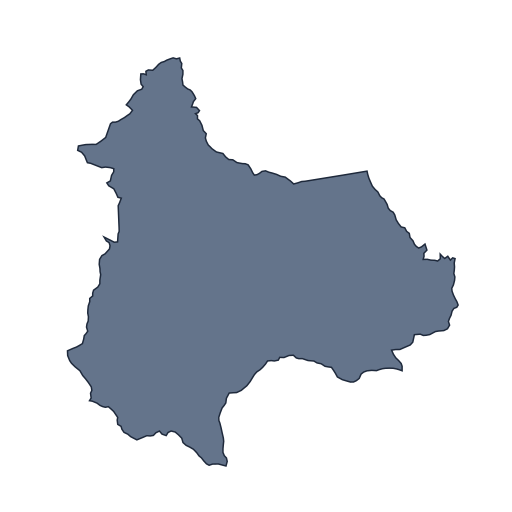 Brotas, São Paulo, Brazil, rotated 174°
{"feature_id": "56859067B5595696785316", "entity_name": "Brotas", "entity_type": "district", "adm_level": 2, "iso_a3": "BRA", "parent_name": "Brazil", "parent_adm1": "São Paulo", "projection": "orthographic", "projection_center": [-48.081, -22.291], "detail": "fine", "context": "isolated", "style": "filled", "palette": "slate", "viewbox_px": 512, "rotation_deg": 174, "n_neighbors": 0, "source": "geoboundaries", "source_scale": "gbopen_adm2", "svg_char_len": 4649}
<svg xmlns="http://www.w3.org/2000/svg" viewBox="0 0 512 512"><g transform="rotate(174 256 256)"><path d="M436.7,129.5L433.9,128.7L429.5,126.3L426.7,123.7L424.3,122.3L421.6,121.3L418.6,121.6L415.8,118.6L413.8,116.3L412.1,113.1L410.4,109.9L411.2,107.3L411.1,103.0L408.0,100.7L407.5,97.8L405.7,94.4L402.1,92.2L399.6,89.5L397.2,87.9L393.7,85.6L387.6,87.4L383.4,88.7L380.0,88.1L376.8,88.3L374.0,90.7L370.3,92.0L368.1,88.7L364.1,86.8L361.9,89.7L358.7,90.8L354.8,89.4L351.8,86.3L348.9,82.6L348.1,78.1L345.3,75.0L341.9,72.9L338.4,70.3L335.4,66.4L333.6,63.2L331.4,61.0L329.3,57.6L327.0,54.5L324.5,52.8L321.0,53.6L315.2,53.1L307.8,50.3L306.1,54.7L306.5,58.2L308.4,60.7L309.4,64.1L309.0,67.8L308.3,71.4L307.5,75.1L307.5,78.4L308.2,84.1L308.7,88.7L309.4,93.6L310.1,96.2L309.9,99.4L308.1,103.5L305.6,108.4L303.4,110.6L301.4,113.0L300.3,117.6L297.0,122.5L293.1,122.4L289.6,122.2L284.7,123.9L281.9,125.8L278.7,127.9L274.9,131.8L272.1,135.5L270.0,138.2L267.4,140.6L263.8,142.5L261.0,144.6L257.8,147.6L255.5,150.4L251.8,150.4L248.7,149.7L244.7,150.1L243.0,152.7L238.8,152.1L233.6,153.6L229.2,153.4L226.6,150.4L224.1,149.4L220.6,149.1L215.2,146.6L209.4,145.5L206.5,143.3L202.4,142.0L198.9,139.1L195.5,138.1L192.6,137.4L191.0,134.5L189.4,131.3L187.7,127.2L183.1,124.0L178.3,122.0L175.3,120.8L172.2,120.5L169.3,121.5L166.2,123.4L163.8,127.6L161.1,129.3L157.7,130.2L153.0,130.2L148.1,129.4L145.5,130.1L142.1,130.7L139.0,130.8L134.8,130.5L131.3,130.0L128.0,129.0L125.6,128.0L122.7,126.6L122.2,131.1L122.9,134.0L125.1,137.1L127.7,140.2L129.6,143.9L131.0,148.2L127.0,148.4L122.7,148.0L118.0,149.5L111.9,151.4L109.1,153.9L106.7,161.2L100.8,161.1L97.9,159.5L95.1,159.4L91.4,159.7L85.5,162.1L82.4,162.3L77.0,162.2L73.2,163.6L70.7,167.0L71.5,170.8L70.0,173.9L68.2,176.7L66.8,180.6L64.7,183.2L61.7,184.0L60.1,186.1L61.0,189.6L62.3,192.6L63.7,196.5L64.7,200.5L64.7,203.4L62.7,206.6L61.1,210.9L60.4,214.4L61.1,217.9L60.3,221.0L59.7,224.4L59.6,228.3L58.3,232.6L60.6,233.6L63.1,231.6L65.3,235.7L68.6,233.8L70.9,236.3L72.6,238.6L73.0,234.0L75.9,232.0L78.5,233.0L82.5,233.6L86.0,234.8L90.1,235.1L88.9,238.2L88.8,241.1L85.4,244.0L86.7,250.2L90.4,247.8L93.4,246.9L95.6,248.8L97.2,251.1L98.3,254.7L100.9,258.3L101.2,262.5L103.6,264.7L105.1,268.5L108.6,269.7L111.0,273.5L112.8,277.3L113.7,282.3L115.0,285.2L117.8,287.2L119.5,289.8L120.2,293.6L121.5,296.6L122.7,299.3L124.9,300.8L126.6,303.0L128.1,306.9L130.6,309.7L133.0,313.3L134.2,317.0L135.6,321.5L136.4,325.7L136.7,328.8L161.6,327.3L199.3,325.2L202.8,325.3L206.6,324.4L211.0,323.7L213.9,327.0L216.0,328.9L218.7,331.4L223.1,332.7L227.0,335.0L231.2,336.8L234.5,338.0L237.6,339.7L241.2,339.5L244.0,337.8L246.4,336.8L249.2,336.6L250.6,339.2L252.1,343.3L254.3,347.5L257.1,348.9L259.8,349.3L262.6,350.1L265.2,350.9L269.0,354.1L273.0,354.8L275.9,357.8L278.2,361.4L284.5,363.6L288.6,367.3L290.2,369.4L291.9,371.4L293.4,375.3L294.0,378.7L292.7,382.8L295.3,386.2L296.1,391.6L297.9,396.4L299.9,398.5L299.5,401.7L301.3,403.9L298.7,404.5L297.0,406.5L299.6,410.0L304.6,411.0L303.2,413.7L302.1,416.1L299.5,418.8L300.5,421.9L302.4,425.9L304.1,428.0L306.5,429.3L308.7,431.4L310.8,433.7L310.8,436.6L311.1,440.1L309.7,444.4L309.3,448.1L310.6,450.8L309.7,455.2L310.9,457.7L311.2,460.9L314.5,460.4L317.7,461.7L320.5,461.1L324.3,460.1L326.8,459.0L330.0,458.4L332.8,456.8L335.9,454.0L339.3,451.5L343.6,452.3L346.2,451.2L346.2,447.7L348.7,448.9L351.5,449.1L352.5,443.4L352.3,438.9L350.5,436.2L352.2,433.8L356.7,432.7L361.1,429.2L363.9,425.3L366.3,422.7L369.2,419.9L366.6,417.6L363.6,413.8L366.6,410.6L369.1,409.3L372.4,407.4L376.1,405.8L378.8,404.4L381.8,403.8L384.7,404.1L386.9,402.7L393.1,389.6L397.9,386.6L403.3,383.7L407.8,384.2L413.5,384.6L416.8,384.4L421.1,384.0L422.3,379.7L418.6,377.4L415.9,373.4L414.8,369.4L413.9,366.4L410.8,365.5L403.3,361.6L400.2,360.0L396.4,360.2L391.6,359.1L388.3,357.7L388.7,354.6L391.2,351.3L393.0,345.9L396.7,344.3L395.1,341.2L390.4,337.7L388.5,332.9L387.2,328.8L383.9,327.6L386.2,323.1L387.8,320.4L389.2,298.5L389.5,294.8L390.8,292.4L392.2,284.5L395.5,284.5L405.1,290.7L403.2,286.6L400.7,284.7L400.1,281.5L401.0,278.3L403.8,275.8L405.9,273.9L409.2,272.5L411.9,269.0L412.8,264.1L412.5,259.9L412.7,256.7L412.4,253.7L413.8,248.3L414.2,244.7L416.6,241.6L421.1,239.0L422.3,236.1L422.6,233.3L425.8,231.2L426.1,228.0L428.0,223.9L428.8,220.2L429.3,216.8L429.0,213.1L429.7,208.8L431.2,206.1L432.0,203.0L431.2,198.8L433.1,196.6L435.1,194.8L436.1,191.2L437.8,187.0L441.0,185.5L444.1,184.2L447.8,183.2L453.4,181.4L453.7,176.6L452.2,171.4L450.7,168.6L447.5,164.7L443.1,160.3L440.8,155.2L438.3,151.6L436.1,148.0L433.5,143.1L433.3,139.5L434.9,136.8L434.8,132.0L436.7,129.5Z" fill="#64748b" stroke="#1e293b" stroke-width="1.5"/></g></svg>